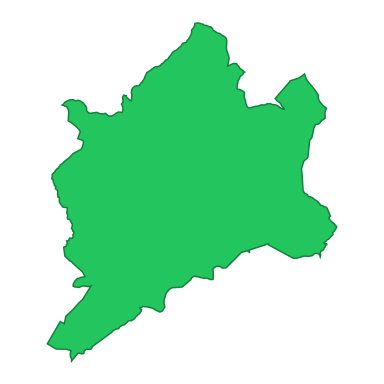 San Antonio Cañada, Puebla, Mexico (orthographic projection)
{"feature_id": "50627088B68124380296432", "entity_name": "San Antonio Cañada", "entity_type": "district", "adm_level": 2, "iso_a3": "MEX", "parent_name": "Mexico", "parent_adm1": "Puebla", "projection": "orthographic", "projection_center": [-97.28, 18.495], "detail": "fine", "context": "isolated", "style": "filled", "palette": "green", "viewbox_px": 384, "rotation_deg": 0, "n_neighbors": 0, "source": "geoboundaries", "source_scale": "gbopen_adm2", "svg_char_len": 5846}
<svg xmlns="http://www.w3.org/2000/svg" viewBox="0 0 384 384"><path d="M226.5,267.5L241.4,252.5L247.4,250.6L247.8,251.3L248.5,251.2L249.2,252.4L249.5,252.4L249.4,250.7L249.0,250.1L265.5,244.8L266.1,244.1L268.3,244.0L268.2,244.7L293.2,258.2L294.8,258.4L295.7,258.1L297.4,258.2L297.7,257.8L300.4,257.2L301.7,256.8L301.9,256.5L304.9,256.1L309.4,256.4L310.2,256.0L312.4,255.6L314.1,253.9L315.6,253.3L316.5,253.2L318.1,253.7L319.3,254.6L319.8,255.4L320.2,256.8L320.7,255.0L320.2,253.4L320.4,252.2L321.0,251.2L323.0,250.2L323.8,249.1L324.0,248.2L325.3,246.7L325.5,245.8L326.9,244.4L326.7,243.9L326.3,243.8L325.3,243.9L323.9,242.8L325.9,241.3L326.9,240.0L329.0,238.9L329.5,238.1L330.3,237.5L330.7,236.8L332.7,234.9L333.0,234.5L332.8,232.6L333.9,231.6L336.1,228.4L336.7,226.6L335.3,225.3L334.2,223.7L331.3,221.4L328.8,218.3L329.9,216.3L330.4,216.1L327.1,208.1L325.7,207.0L323.5,206.4L323.0,205.9L320.6,205.1L318.0,201.8L316.7,200.8L314.0,199.2L313.1,198.1L310.0,196.7L308.6,196.5L307.9,195.9L307.4,194.8L306.6,194.0L305.5,193.7L304.3,192.8L304.0,192.2L303.1,190.5L302.0,173.6L301.4,169.1L303.8,161.3L307.9,157.4L309.7,140.3L311.8,137.9L314.0,127.9L315.4,124.7L318.0,124.2L319.0,123.7L321.1,121.4L321.8,120.3L323.0,119.8L325.1,118.3L325.0,111.9L326.5,108.3L323.0,105.6L320.3,102.3L319.0,100.4L318.3,97.8L318.2,95.0L314.6,89.5L308.6,82.3L306.3,79.1L304.5,73.9L301.6,76.2L298.4,78.2L291.9,80.3L290.2,80.7L289.2,82.3L275.2,98.5L277.5,101.3L279.9,102.8L281.1,104.5L281.5,105.6L284.2,108.9L284.2,109.3L282.9,109.3L279.6,107.3L276.8,105.2L274.1,104.6L272.6,104.6L270.7,103.8L267.1,103.8L264.6,105.0L261.1,104.9L258.0,106.1L255.4,106.4L250.5,107.7L249.0,108.0L248.2,107.8L246.6,105.8L246.4,104.5L245.9,103.6L245.3,99.8L244.2,97.3L244.1,95.7L244.5,93.4L244.2,92.2L241.8,90.4L239.4,89.4L238.1,89.4L237.0,88.6L236.9,88.2L237.2,87.0L237.4,84.5L238.2,80.6L239.5,78.6L240.1,76.8L241.2,75.6L242.5,74.7L243.4,73.5L243.5,72.9L244.7,72.1L243.6,71.4L242.9,70.4L240.0,68.6L239.0,66.6L238.1,65.8L236.5,63.6L233.6,63.4L227.7,66.0L229.1,58.8L228.9,57.0L226.7,50.2L226.4,47.8L226.8,41.8L226.6,39.5L226.1,38.4L224.7,36.7L223.8,36.1L222.4,35.7L221.1,34.5L219.6,33.4L217.4,33.0L214.4,30.9L213.0,30.2L212.6,28.8L211.0,27.0L209.0,26.7L206.5,25.5L203.7,25.1L203.1,24.2L201.4,23.9L200.5,23.4L197.2,23.0L194.9,23.5L194.6,24.6L194.5,25.9L193.8,27.3L191.6,30.2L191.5,33.1L190.9,34.9L188.4,39.3L187.4,40.1L187.0,40.6L186.6,42.1L185.0,42.9L184.1,42.8L182.9,43.3L182.4,43.6L181.2,45.9L179.5,47.2L176.4,50.2L175.1,50.6L173.6,51.5L172.1,53.0L171.2,54.7L169.4,56.6L167.8,59.2L166.3,59.9L165.7,60.0L163.3,63.0L161.5,64.0L160.9,65.0L159.9,65.8L157.8,66.6L155.9,66.7L153.8,67.6L153.4,68.1L151.5,69.4L150.0,70.6L146.8,72.6L144.6,77.4L144.4,78.4L143.2,80.2L142.7,81.4L140.6,83.4L139.6,84.9L137.8,86.1L136.8,85.7L134.7,86.3L132.9,87.8L131.7,89.5L131.4,93.1L132.0,95.1L131.7,95.7L131.6,98.7L131.2,100.8L129.7,100.2L128.6,98.9L127.5,98.2L126.3,96.8L126.3,95.6L125.0,95.5L123.7,95.1L122.6,97.1L122.8,99.8L123.1,100.6L122.7,102.7L121.6,103.9L121.5,104.3L122.8,106.6L122.9,110.2L122.2,112.4L121.4,112.2L120.4,112.3L118.9,112.0L118.3,112.1L115.9,113.3L114.6,114.5L112.5,115.6L111.8,115.9L109.4,116.1L108.4,115.9L107.6,115.3L106.6,114.1L105.9,113.6L105.3,113.4L104.4,113.4L103.3,114.0L102.3,113.8L100.6,113.8L98.0,113.0L97.3,112.4L96.3,112.4L91.8,113.1L88.9,113.2L86.6,110.5L86.6,108.0L85.9,106.2L85.2,105.3L84.7,105.0L83.8,103.5L80.2,100.9L78.7,100.3L75.5,100.7L72.8,99.7L69.2,100.0L68.2,100.7L66.8,101.0L66.2,101.6L65.2,101.9L63.0,104.6L62.2,105.0L66.7,106.8L68.1,109.0L68.8,112.5L68.2,120.8L72.5,123.6L75.4,125.9L78.2,128.6L80.3,131.5L77.8,138.6L81.9,140.1L83.4,141.0L83.3,143.7L82.1,147.6L81.0,149.5L78.2,150.8L76.6,151.8L75.0,152.4L72.9,153.8L68.9,158.0L65.7,160.3L64.0,161.8L62.9,163.1L60.2,165.0L59.8,166.2L58.8,167.1L57.9,168.4L57.0,168.8L55.2,170.7L54.9,171.7L52.3,174.2L52.1,174.9L52.3,176.1L51.7,178.7L52.5,179.5L53.2,179.8L53.3,182.1L54.1,183.6L54.5,185.5L55.9,186.7L55.4,188.8L57.1,189.9L57.5,190.8L57.7,191.7L57.6,194.6L57.9,195.4L57.7,197.0L59.1,197.5L59.4,197.9L59.3,202.0L62.7,207.0L67.3,207.8L67.1,209.9L67.5,211.1L66.8,211.8L66.5,212.6L67.8,215.3L67.8,216.0L67.2,217.5L67.4,218.6L67.8,219.1L69.8,219.7L72.3,224.5L72.4,225.8L72.0,226.3L71.9,227.4L71.4,228.4L71.6,228.8L71.9,228.8L72.5,229.4L72.7,231.1L73.9,232.2L73.6,233.6L72.9,234.7L73.0,236.0L73.4,236.2L73.1,237.1L72.1,238.2L71.6,238.3L69.5,238.1L68.9,240.0L68.1,240.8L66.6,240.9L67.0,242.0L67.3,242.0L67.6,243.7L67.0,243.9L66.4,244.6L66.4,245.9L65.6,246.7L63.9,247.0L63.7,247.6L64.9,256.1L69.9,261.0L71.2,261.4L73.2,263.6L82.4,271.8L85.1,276.6L80.8,277.4L78.7,278.4L77.0,278.7L74.8,281.2L73.8,282.9L73.2,284.5L73.1,286.2L74.8,287.0L77.2,287.1L79.1,287.5L81.5,286.3L83.3,285.9L88.4,286.6L91.1,285.8L82.5,299.6L79.3,302.5L71.9,310.7L65.9,316.2L64.2,323.8L60.3,321.5L47.3,343.8L56.0,349.0L66.1,349.2L71.0,350.7L70.2,353.8L70.6,357.1L71.3,358.2L71.6,361.0L78.0,353.2L79.3,353.0L81.7,353.9L83.2,353.7L83.8,353.3L84.0,352.8L83.9,351.5L86.0,349.4L87.2,349.1L89.6,349.4L90.8,349.2L91.7,348.2L92.3,346.7L93.3,345.8L109.7,333.8L112.1,332.0L112.6,331.3L114.1,330.1L116.3,329.0L118.7,328.6L119.1,327.6L120.2,326.6L122.5,325.1L124.5,324.8L125.0,324.1L125.8,323.7L128.0,321.2L129.4,320.6L131.3,320.7L133.8,319.2L135.0,318.0L135.4,317.0L136.7,316.1L138.1,314.6L139.4,313.7L141.3,310.9L141.6,309.8L140.1,308.4L140.1,307.6L141.6,307.5L142.4,306.7L143.3,306.5L146.6,306.8L153.1,308.4L155.2,309.9L159.9,312.0L162.4,311.0L164.8,307.0L164.0,303.1L164.2,299.6L166.2,293.1L169.4,289.3L172.2,287.7L177.9,287.4L182.4,286.9L189.2,280.9L190.7,279.9L191.4,278.3L192.9,276.9L193.7,276.6L194.8,275.8L196.1,276.7L198.2,276.7L200.7,277.6L203.8,278.2L206.8,278.1L210.8,279.6L213.0,279.4L213.4,276.4L213.0,268.9L213.4,268.2L216.6,266.3L218.2,266.5L218.8,266.3L220.5,266.7L222.1,268.0L225.6,268.0L226.5,267.5Z" fill="#22c55e" stroke="#15803d" stroke-width="1.5"/></svg>